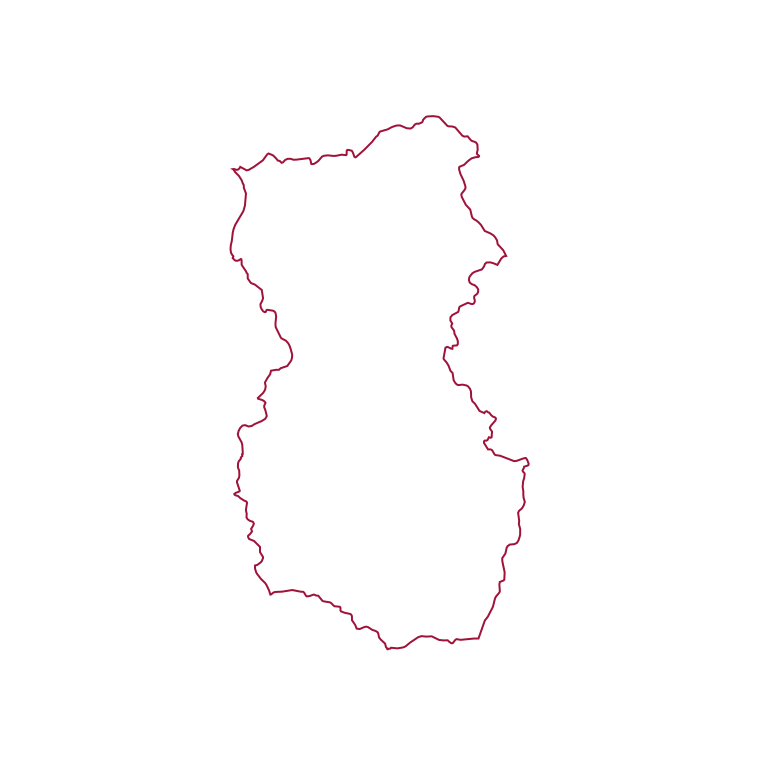 outline of Que Phong, Nghệ An, Vietnam, rotated 325°
{"feature_id": "81297802B37103290877054", "entity_name": "Que Phong", "entity_type": "district", "adm_level": 2, "iso_a3": "VNM", "parent_name": "Vietnam", "parent_adm1": "Nghệ An", "projection": "natural_earth1", "projection_center": [104.897, 19.706], "detail": "fine", "context": "isolated", "style": "outline", "palette": "rose", "viewbox_px": 768, "rotation_deg": 325, "n_neighbors": 0, "source": "geoboundaries", "source_scale": "gbopen_adm2", "svg_char_len": 6166}
<svg xmlns="http://www.w3.org/2000/svg" viewBox="0 0 768 768"><g transform="rotate(325 384 384)"><path d="M557.5,349.2L558.4,342.8L557.3,334.7L559.0,331.1L559.2,327.4L558.9,325.0L557.6,321.8L554.3,316.4L554.7,309.5L554.2,305.7L553.2,302.5L552.4,301.1L551.8,298.8L552.0,297.4L554.7,290.6L553.8,284.1L555.0,275.4L555.9,273.3L556.7,272.6L561.5,271.2L563.2,270.2L564.1,268.6L565.8,263.3L567.1,255.7L568.7,251.1L569.8,249.6L570.6,249.4L575.2,250.4L581.2,249.5L585.3,249.4L589.0,250.7L591.4,252.1L592.4,252.1L592.7,251.5L592.1,249.1L592.4,248.3L595.2,245.7L597.9,241.3L597.9,239.1L597.4,238.0L595.3,235.1L594.9,233.6L594.6,229.1L591.6,227.3L590.6,225.5L589.5,214.7L587.7,212.3L584.5,209.8L584.0,208.9L582.4,197.6L581.8,196.3L577.8,192.7L572.9,189.7L571.6,189.3L567.8,189.9L565.7,191.4L564.6,191.4L561.6,190.7L560.3,189.6L559.0,189.2L557.5,189.3L554.7,190.2L552.3,190.0L549.4,187.6L545.5,181.4L542.4,179.4L538.0,178.1L533.0,177.5L525.7,175.0L524.8,175.0L521.3,176.9L519.3,176.9L513.2,178.8L502.2,180.8L491.0,182.1L490.4,181.8L490.1,180.9L491.3,176.3L491.4,174.4L489.3,172.0L488.3,171.3L487.4,171.4L484.9,174.7L484.2,174.8L480.9,171.9L475.7,169.6L473.3,168.1L469.2,164.5L465.5,162.5L463.6,162.2L458.1,163.6L454.7,163.7L453.0,163.5L451.1,162.6L450.7,161.9L452.2,158.4L452.3,156.6L452.1,155.9L440.8,149.9L438.5,148.4L436.6,145.9L434.3,144.3L431.6,143.8L428.3,144.5L427.0,144.1L426.5,141.4L425.2,140.1L424.9,136.4L424.2,133.0L421.7,129.0L420.1,128.9L413.1,131.3L402.1,131.5L395.9,131.0L394.0,130.2L390.8,123.7L389.1,124.5L387.1,124.6L386.2,124.1L384.3,121.7L383.4,121.3L383.8,122.2L383.6,125.0L384.5,130.2L384.3,135.3L383.4,138.7L383.3,140.4L381.7,143.0L380.2,148.8L372.5,158.0L368.0,161.7L353.6,168.2L349.7,170.8L347.0,173.2L341.7,179.2L337.6,183.0L335.5,185.7L334.0,188.6L333.7,191.1L333.9,193.0L332.3,194.0L332.7,196.8L333.2,197.9L334.5,198.9L335.8,199.4L338.5,199.5L338.7,200.0L338.3,201.0L335.9,204.5L335.7,205.4L335.6,212.8L335.2,213.9L335.4,215.8L332.9,219.4L332.9,224.9L335.3,228.6L337.8,236.9L334.1,244.4L331.8,246.1L328.6,247.7L327.2,250.1L326.7,252.0L326.7,255.0L327.4,256.6L328.5,257.1L330.1,256.1L331.0,256.3L335.4,260.6L335.9,262.2L335.9,263.4L334.5,266.7L329.6,272.4L327.9,275.3L326.1,286.8L326.2,287.8L328.5,292.3L328.9,295.6L328.7,297.9L327.7,301.6L325.6,307.4L323.4,310.0L321.5,311.5L315.1,313.8L308.4,311.8L306.1,312.1L303.6,310.4L299.1,308.3L296.3,310.7L292.1,312.2L287.3,314.5L285.8,318.0L283.9,320.0L282.3,321.0L279.8,322.0L272.6,323.1L272.4,323.9L274.9,327.0L275.9,329.0L276.2,331.2L275.8,331.7L273.5,333.0L272.5,334.4L271.9,337.1L269.8,342.6L269.2,343.3L266.7,344.4L262.6,344.2L254.9,342.6L251.6,342.5L248.8,341.2L246.6,338.0L244.2,336.9L241.0,337.5L238.1,339.0L235.5,341.2L234.6,343.6L233.9,350.1L232.9,352.7L229.0,359.1L228.0,360.4L227.3,360.2L226.7,361.7L224.5,362.1L223.9,363.1L220.7,364.0L218.9,365.3L217.0,367.8L216.4,368.9L215.7,371.9L213.0,376.1L211.1,377.8L208.0,379.1L207.2,380.1L204.6,388.8L203.4,389.0L200.0,388.1L198.2,388.3L198.1,389.1L198.6,390.1L200.2,392.1L200.9,395.3L202.6,399.3L203.8,401.2L203.8,402.6L198.8,407.8L198.2,408.8L197.2,411.4L194.8,414.5L194.7,416.6L195.7,419.3L197.4,421.4L197.6,422.2L197.2,423.9L195.1,425.2L192.1,426.4L191.3,429.1L188.0,430.1L185.6,430.4L184.9,431.3L184.6,433.6L187.5,438.0L189.0,446.3L186.0,450.6L185.7,456.2L185.2,457.1L182.5,458.9L180.7,459.4L176.4,459.5L174.2,458.7L172.4,461.4L171.3,465.0L171.1,466.3L171.4,473.1L172.5,478.9L172.4,481.6L171.4,487.4L170.1,491.3L170.6,491.6L174.0,491.4L175.8,492.1L181.5,495.7L190.6,500.1L196.5,506.2L198.6,507.9L198.9,509.2L198.6,512.7L199.0,513.8L201.7,515.1L205.2,516.0L206.2,516.7L207.0,518.3L208.7,519.7L209.2,526.2L209.7,527.2L214.5,531.9L215.0,532.9L215.8,537.5L220.0,541.1L220.1,542.1L218.4,544.7L218.4,545.7L220.7,549.0L224.2,552.7L224.7,553.5L224.8,555.1L224.3,556.2L222.3,559.1L222.2,565.0L221.3,568.7L223.6,570.8L228.4,571.8L230.0,572.4L231.4,573.8L233.4,578.7L235.4,581.4L236.3,583.4L236.3,584.8L234.6,588.7L234.7,591.3L236.0,597.2L234.7,600.7L234.9,602.3L234.6,603.1L234.9,603.5L236.2,603.6L237.5,604.4L238.5,604.1L243.4,608.3L248.7,610.8L251.2,611.3L257.1,610.8L266.8,611.0L270.2,612.1L273.5,615.0L278.4,618.1L282.3,625.2L285.7,628.2L289.2,630.5L289.6,632.7L290.5,635.0L291.7,635.7L295.7,634.5L297.1,634.6L300.0,637.5L311.5,644.0L315.4,646.7L330.9,635.6L335.5,634.2L345.4,629.0L352.1,623.2L354.0,622.3L358.9,621.0L360.1,620.1L363.5,614.4L365.3,612.6L369.2,613.5L370.3,613.3L374.8,607.5L379.2,597.2L380.9,594.5L386.2,592.5L390.6,588.5L392.2,587.7L395.0,587.7L399.0,590.0L401.7,590.4L404.2,589.4L407.6,586.9L409.1,585.5L412.4,580.9L414.1,576.1L416.2,573.7L420.0,566.4L422.0,565.3L425.3,565.1L426.9,564.5L428.8,563.6L431.7,561.4L433.1,557.2L435.0,554.0L436.5,552.0L438.6,547.7L442.2,543.5L444.9,541.4L447.5,538.6L447.9,537.7L447.6,535.2L448.0,534.2L450.1,533.2L451.4,532.1L455.2,533.3L455.9,533.2L456.8,532.2L457.8,528.1L457.7,525.9L455.8,525.0L448.7,523.1L446.4,521.9L438.0,509.4L434.5,506.1L434.2,505.0L434.6,500.3L433.9,498.8L431.7,497.2L432.1,489.8L432.9,488.4L434.0,488.1L435.3,489.1L436.6,489.3L439.4,487.8L440.5,489.2L441.5,489.4L445.2,485.0L445.2,481.5L445.8,480.3L448.0,479.4L454.4,477.8L456.0,476.4L455.7,474.8L454.5,473.2L453.9,471.0L453.8,467.9L453.1,467.1L452.6,465.2L451.1,464.8L449.5,465.4L446.8,460.8L447.2,452.3L446.5,448.8L447.7,445.0L451.0,439.9L451.7,437.2L451.5,434.1L450.8,432.6L448.0,429.6L444.2,427.5L443.3,426.0L443.0,423.7L443.2,420.9L446.5,414.3L446.0,411.4L447.4,405.9L447.6,402.4L447.2,397.8L447.6,397.0L455.2,389.5L456.9,389.8L457.9,390.9L459.1,393.3L460.2,394.4L461.9,392.4L462.5,392.2L465.8,394.2L467.3,393.7L469.1,391.2L469.9,388.4L470.5,383.5L472.0,380.5L471.9,376.3L472.2,375.4L472.7,374.7L474.6,373.6L474.8,370.0L476.7,367.5L479.5,366.7L485.9,367.5L486.9,367.0L489.6,364.4L491.0,364.1L499.3,365.6L501.5,368.6L502.4,369.3L503.8,369.6L505.5,368.7L506.5,367.3L507.1,365.4L507.9,364.2L508.8,363.7L512.0,363.6L513.8,362.7L515.4,360.6L515.6,357.9L514.9,355.0L513.3,352.8L512.4,350.1L513.2,347.5L514.9,345.7L515.9,345.1L519.8,344.0L522.4,344.1L530.0,346.3L533.7,344.9L535.4,343.6L537.7,343.3L540.9,345.4L543.0,348.0L545.2,351.5L552.2,348.4L555.1,348.1L557.5,349.2Z" fill="none" stroke="#9f1239" stroke-width="2"/></g></svg>